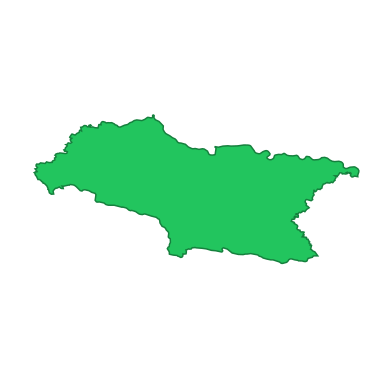 the district of El Bagre, Antioquia, Colombia, rotated 103°
{"feature_id": "7082276B39808247222267", "entity_name": "El Bagre", "entity_type": "district", "adm_level": 2, "iso_a3": "COL", "parent_name": "Colombia", "parent_adm1": "Antioquia", "projection": "equal_earth", "projection_center": [-74.693, 7.698], "detail": "fine", "context": "isolated", "style": "filled", "palette": "green", "viewbox_px": 384, "rotation_deg": 103, "n_neighbors": 0, "source": "geoboundaries", "source_scale": "gbopen_adm2", "svg_char_len": 5987}
<svg xmlns="http://www.w3.org/2000/svg" viewBox="0 0 384 384"><g transform="rotate(103 192 192)"><path d="M225.8,328.6L225.1,326.3L222.5,327.5L221.7,327.4L219.1,325.9L218.6,324.4L216.9,322.4L217.8,320.7L217.9,319.6L217.6,318.2L216.4,318.8L215.5,319.9L215.3,318.6L213.0,313.8L212.9,313.0L212.1,312.5L211.8,309.6L211.9,308.1L212.8,306.0L215.8,301.2L215.8,299.4L214.7,298.7L213.9,297.0L213.9,292.6L214.9,289.6L215.1,286.2L216.2,285.0L221.9,284.5L223.1,283.0L223.2,282.3L222.5,279.8L222.5,275.3L223.6,273.0L223.7,270.6L222.4,264.8L222.6,256.7L222.3,256.4L222.3,254.0L222.4,252.2L223.9,249.2L224.0,247.6L223.6,246.9L223.5,245.4L223.8,242.4L225.2,239.0L225.4,237.6L225.2,235.4L224.1,233.4L224.0,232.5L224.6,226.2L224.7,221.1L225.8,219.0L225.9,217.9L227.2,217.0L229.4,216.2L232.2,213.4L232.5,211.5L233.2,209.8L234.8,208.5L236.2,206.2L237.4,205.4L241.1,205.0L241.7,204.5L242.4,202.7L245.9,201.7L248.2,202.2L250.3,201.9L251.1,202.8L252.8,203.3L255.4,200.7L257.6,200.1L257.7,199.7L257.7,196.2L257.2,192.2L257.7,191.5L257.8,189.7L258.3,188.7L258.2,188.0L257.7,187.1L256.8,186.6L254.3,186.8L254.4,186.1L253.6,183.9L251.6,184.0L249.7,184.9L249.0,183.3L248.2,182.7L248.2,181.3L247.6,179.8L246.2,179.3L245.8,177.3L245.3,176.7L245.5,175.7L244.6,169.7L244.2,165.3L244.5,160.0L243.9,155.6L243.8,149.7L243.3,149.0L242.4,148.8L241.2,149.8L240.6,149.9L239.3,148.9L239.7,144.7L242.4,139.2L242.4,132.8L241.5,128.1L240.5,126.1L240.0,124.1L238.8,121.0L238.5,113.8L239.4,112.1L239.5,109.9L240.3,107.9L240.5,104.1L240.4,100.0L239.9,97.7L240.5,90.9L241.4,89.0L241.2,87.7L239.2,83.9L237.2,82.7L236.3,82.6L235.1,81.2L234.8,79.7L235.0,76.7L234.8,73.7L235.1,72.7L234.4,69.1L234.5,67.2L234.2,65.6L233.4,64.5L230.6,64.0L228.5,60.0L227.4,59.6L226.8,58.8L225.9,55.1L222.7,58.8L222.2,61.2L221.7,62.2L221.2,62.5L221.1,63.6L217.4,63.5L217.5,64.1L217.2,65.0L216.2,64.5L215.8,66.2L214.2,66.2L214.3,66.8L213.3,67.1L212.8,67.8L212.0,68.2L212.1,69.6L210.8,70.1L210.9,71.0L210.5,70.9L210.9,74.6L209.7,74.1L210.2,73.4L210.0,73.2L208.4,73.3L208.5,74.0L208.0,74.2L206.0,73.7L205.9,74.9L206.4,76.6L206.1,77.6L205.5,78.2L205.0,78.1L204.9,80.7L204.0,81.6L201.5,81.3L200.7,82.1L199.6,85.4L198.9,85.3L198.5,85.8L198.3,88.6L196.1,88.4L195.7,86.6L195.1,85.9L194.1,85.9L193.9,87.3L193.5,86.2L193.2,86.7L192.6,86.5L192.5,85.8L192.9,83.8L192.5,82.8L190.7,83.2L190.0,84.9L190.5,85.6L190.2,85.9L189.7,85.4L189.2,83.7L187.7,82.9L187.9,81.7L186.9,80.4L186.0,80.2L185.5,78.7L185.8,77.6L183.2,76.4L181.0,74.3L180.0,75.9L179.5,77.7L177.5,77.9L177.0,79.0L176.1,79.6L174.1,79.4L173.5,78.6L173.7,74.0L172.3,72.7L170.8,73.5L168.6,73.1L167.4,72.4L165.9,73.5L164.9,73.2L163.0,73.6L162.9,73.3L163.6,72.7L163.9,71.9L163.2,71.2L161.0,70.4L160.7,67.7L159.9,67.6L159.6,66.8L159.0,66.3L157.3,66.4L154.8,65.9L154.3,64.7L152.3,62.5L152.7,61.5L152.3,60.9L152.3,59.7L151.0,58.5L151.3,57.5L151.2,56.9L149.4,56.1L148.5,55.3L148.1,55.7L145.5,54.9L144.6,55.1L144.1,56.4L143.8,55.1L144.1,54.0L143.6,54.2L143.4,53.7L142.1,53.0L140.1,52.4L139.8,51.0L140.0,49.9L140.6,49.6L140.1,48.4L139.9,46.3L139.2,44.9L138.3,44.6L138.2,45.7L137.7,45.0L138.5,42.7L138.1,42.3L137.7,42.8L137.5,42.5L138.0,41.3L140.3,41.3L141.3,39.9L141.2,38.8L139.9,37.1L139.8,33.9L138.4,34.3L135.0,34.0L133.7,34.2L132.2,35.5L131.1,38.3L131.0,39.6L132.3,43.6L134.2,46.2L134.6,47.9L133.8,50.1L130.8,50.9L129.6,52.2L129.1,53.5L129.0,55.8L130.3,59.8L130.5,62.4L129.8,65.1L128.6,67.6L128.4,70.5L129.4,73.4L131.0,74.6L131.9,76.0L133.3,80.3L133.3,81.8L131.3,85.6L131.5,88.1L131.8,88.7L134.0,89.6L135.0,90.6L135.6,91.9L135.3,94.6L133.2,96.8L132.7,98.2L134.1,101.7L134.8,105.4L134.8,107.7L133.7,110.4L133.7,111.1L135.4,113.2L135.9,116.2L137.3,119.3L138.1,119.8L140.5,120.0L141.7,120.8L142.8,122.3L143.1,124.1L142.4,126.2L141.7,126.7L140.9,126.6L138.3,124.5L137.2,124.6L135.5,126.6L135.0,127.6L135.0,129.1L135.6,130.3L136.7,131.9L139.3,134.3L139.7,135.4L139.7,138.1L138.9,139.9L137.9,140.6L134.0,145.1L133.6,146.2L133.7,148.1L134.6,152.2L136.8,157.9L138.5,164.3L138.9,167.4L140.3,172.1L142.4,176.3L142.6,179.6L143.0,179.7L144.0,178.4L150.2,177.9L150.6,178.2L151.4,180.3L151.8,182.3L151.4,184.0L148.7,186.1L147.4,189.7L147.5,191.5L148.9,194.8L148.9,198.6L149.7,200.9L149.7,202.0L149.0,205.7L147.0,209.1L146.8,213.8L147.1,215.6L146.8,216.9L146.0,218.1L145.3,218.5L144.1,220.4L143.5,223.3L142.2,226.3L141.2,230.0L140.8,231.0L139.5,232.6L137.5,234.3L134.1,234.8L130.7,240.0L129.8,244.1L128.0,245.9L126.2,246.0L125.7,246.6L125.7,247.1L126.2,247.6L128.1,247.2L128.6,247.6L129.0,248.5L129.1,251.1L129.3,252.1L131.8,254.3L133.7,256.9L134.2,262.0L135.4,264.4L137.5,266.4L138.3,267.9L140.7,269.9L142.1,272.8L144.9,276.5L145.1,277.8L144.8,279.2L144.3,279.4L143.9,280.3L143.8,282.1L143.2,282.8L142.5,285.8L143.2,288.2L143.3,289.3L144.0,291.1L143.5,292.4L143.4,294.6L143.8,295.4L144.7,296.0L145.8,296.2L147.0,295.8L147.0,297.1L147.3,297.9L150.7,298.0L151.2,301.0L150.9,303.4L151.8,305.8L151.5,306.5L150.9,306.6L149.8,305.3L149.4,306.1L150.3,307.4L151.4,307.5L152.0,307.9L152.0,308.6L151.2,310.2L151.5,312.0L153.3,313.4L154.0,315.0L155.3,314.3L156.3,314.2L157.0,313.4L157.4,313.3L157.0,314.6L157.1,315.2L158.0,315.5L159.3,315.3L160.8,317.3L162.6,318.5L162.8,319.1L162.5,321.7L162.7,322.2L166.1,323.5L166.7,322.8L166.7,321.2L168.5,322.4L169.6,321.7L170.6,320.3L171.9,321.3L172.0,323.7L173.6,324.3L174.2,325.5L174.7,324.1L175.3,324.0L177.5,325.3L179.4,325.3L179.8,326.3L180.9,325.3L180.6,323.4L180.8,322.5L182.4,322.7L183.0,323.9L183.7,329.6L184.3,330.3L184.7,331.7L185.7,333.2L186.5,333.2L187.0,333.8L187.6,332.8L188.5,332.4L189.9,333.6L190.8,333.0L191.7,332.9L192.8,334.5L193.8,335.1L194.6,334.9L195.5,337.9L195.4,340.5L197.2,341.5L197.7,346.1L199.3,347.5L199.7,349.6L200.7,350.0L201.9,349.7L202.9,348.1L204.3,348.9L204.8,350.1L207.0,347.4L207.3,347.7L207.4,348.8L208.6,350.1L209.0,349.3L210.5,348.6L211.9,346.9L214.5,344.9L214.2,343.6L214.6,342.1L215.6,340.9L216.0,339.6L216.8,339.2L216.9,337.7L218.7,334.8L220.9,333.1L221.9,333.0L222.1,332.2L224.9,330.8L225.8,328.6Z" fill="#22c55e" stroke="#15803d" stroke-width="1.5"/></g></svg>